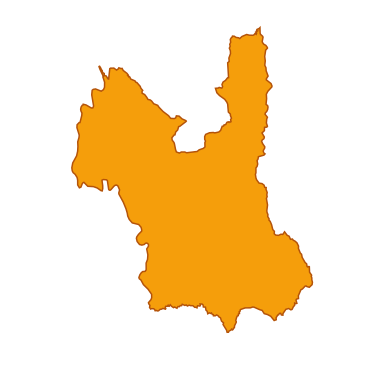 Anserma, Caldas, Colombia (Equal Earth projection), rotated 165°
{"feature_id": "7082276B96193110917166", "entity_name": "Anserma", "entity_type": "district", "adm_level": 2, "iso_a3": "COL", "parent_name": "Colombia", "parent_adm1": "Caldas", "projection": "equal_earth", "projection_center": [-75.766, 5.199], "detail": "fine", "context": "isolated", "style": "filled", "palette": "amber", "viewbox_px": 384, "rotation_deg": 165, "n_neighbors": 0, "source": "geoboundaries", "source_scale": "gbopen_adm2", "svg_char_len": 5974}
<svg xmlns="http://www.w3.org/2000/svg" viewBox="0 0 384 384"><g transform="rotate(165 192 192)"><path d="M301.8,246.5L302.2,243.5L301.8,241.5L300.3,239.3L299.2,235.7L299.4,233.0L300.6,228.4L299.7,225.2L298.1,225.4L295.8,228.5L294.8,229.2L293.9,229.3L291.2,224.5L285.8,222.7L282.5,220.4L279.5,216.8L278.4,216.3L277.3,218.5L276.6,221.3L275.9,226.7L274.5,227.0L271.4,225.9L270.8,224.9L271.8,216.1L271.4,215.2L270.5,214.9L269.6,215.3L265.9,217.8L264.4,218.4L263.0,218.2L262.0,217.0L261.4,212.8L263.0,210.0L263.1,208.7L261.0,200.0L260.1,192.9L260.0,188.4L260.3,185.4L259.7,181.7L257.7,177.6L251.9,174.4L250.3,171.0L250.4,168.3L250.8,167.2L254.7,164.9L257.0,162.9L257.7,161.6L257.8,158.4L256.3,154.9L254.2,153.7L251.7,153.7L250.2,154.5L248.9,154.4L248.0,153.5L247.7,152.4L248.1,150.9L250.5,148.7L250.9,142.7L252.4,138.4L254.7,135.2L256.4,128.7L257.8,127.5L260.3,127.9L262.1,127.0L263.7,125.6L265.4,123.2L265.4,121.9L264.1,120.2L262.9,115.1L259.6,109.5L257.5,103.6L258.3,100.4L259.4,98.7L262.7,96.4L262.7,95.2L262.0,93.4L262.9,91.4L262.2,89.6L261.4,89.8L259.3,89.2L258.6,88.3L258.3,86.8L257.4,87.0L256.3,86.1L255.1,85.9L253.1,86.9L251.7,86.7L250.2,87.1L248.0,85.7L247.5,86.1L247.8,87.4L247.1,88.4L245.4,88.0L244.4,88.8L244.2,87.8L243.6,87.5L242.2,88.7L241.4,87.0L239.8,85.1L238.6,85.4L236.6,83.6L235.2,85.0L233.9,84.5L232.8,85.3L231.5,84.9L230.5,86.1L228.3,84.3L226.8,84.4L226.0,83.1L224.0,83.4L222.6,82.5L220.6,82.0L219.2,79.9L217.9,79.6L217.2,78.8L216.1,80.7L213.9,79.8L213.2,80.4L213.2,81.8L211.2,81.1L210.5,79.9L210.8,78.0L208.8,77.3L209.1,74.3L208.2,72.8L208.3,70.3L206.5,70.8L205.5,69.9L204.5,70.1L204.1,68.5L203.1,68.0L203.3,66.9L201.5,66.4L200.1,66.9L198.8,65.7L198.2,64.2L197.1,63.2L196.9,59.7L195.4,57.4L196.3,56.0L194.4,49.7L194.4,47.4L193.1,47.1L191.9,48.3L190.3,48.4L189.3,49.3L188.6,48.3L187.9,48.6L187.2,49.7L186.2,49.9L185.5,51.8L183.0,54.7L182.8,55.4L183.0,56.5L181.5,59.1L180.5,60.4L179.3,60.6L178.7,62.2L177.6,62.3L177.5,64.0L176.7,64.1L175.7,65.9L170.7,66.3L165.5,65.0L163.2,65.2L161.9,64.7L156.8,60.6L154.9,59.5L153.7,55.8L150.8,54.1L148.1,51.6L145.9,46.6L143.7,46.8L143.3,48.8L141.0,51.0L140.2,50.9L139.0,52.1L137.8,51.9L137.5,50.1L136.1,49.5L135.6,51.0L131.7,54.4L128.7,54.4L127.0,52.6L125.7,52.7L123.9,54.8L122.2,56.0L121.6,58.1L120.7,57.3L119.5,57.3L119.5,60.7L118.8,61.5L116.7,61.5L116.1,64.3L112.1,69.4L110.5,69.7L107.1,71.8L106.1,71.7L105.5,70.9L103.3,69.6L100.0,71.4L99.0,73.7L99.0,76.1L98.5,78.0L98.6,79.8L98.0,80.7L99.2,84.1L98.0,89.5L98.4,89.8L99.5,89.6L100.1,90.2L99.9,93.0L101.0,94.6L102.5,100.3L102.3,103.5L103.2,105.1L103.8,109.9L103.1,112.2L103.8,115.8L105.3,118.0L106.6,119.1L107.2,120.6L109.1,120.8L109.6,124.1L111.3,125.6L112.9,129.6L115.3,127.5L117.0,128.2L119.6,127.7L122.3,128.7L123.4,130.4L122.6,132.7L123.7,134.8L123.6,139.9L124.1,143.5L124.9,144.8L124.5,146.2L125.2,148.7L124.5,150.6L124.8,152.9L124.6,154.5L122.4,159.9L121.8,166.5L120.6,168.1L120.5,169.8L119.5,172.1L119.8,175.5L119.2,177.1L120.6,177.7L120.6,179.9L122.2,182.0L124.9,183.2L126.4,187.0L126.6,189.0L126.2,192.6L125.3,194.0L124.0,198.7L122.5,199.9L121.3,202.0L121.0,205.5L119.8,206.6L118.7,208.9L113.0,209.0L111.6,209.9L112.4,210.9L112.7,212.5L112.3,213.7L110.5,215.5L110.0,216.8L111.3,220.6L111.6,223.0L110.8,224.0L108.7,224.9L107.9,226.4L109.1,230.9L106.2,232.5L105.2,235.7L103.0,235.3L102.1,236.0L102.3,239.4L100.9,243.2L99.8,244.7L101.3,248.2L100.7,249.4L99.0,250.4L97.6,252.1L96.6,254.4L96.6,255.9L97.8,257.5L95.8,262.8L94.9,267.2L92.7,269.6L87.7,272.8L87.3,273.7L87.6,276.3L91.2,281.1L90.8,282.2L88.5,284.3L89.0,289.9L88.4,292.9L88.9,295.6L87.3,299.7L86.7,304.1L84.1,310.0L81.9,311.4L81.8,312.1L82.7,314.5L84.5,316.3L85.2,318.2L85.2,319.2L83.3,323.2L83.5,324.2L85.0,326.6L85.1,327.8L83.8,333.2L84.8,332.6L87.2,332.2L87.9,331.1L87.1,330.6L89.0,330.0L88.5,329.0L89.1,328.9L88.9,328.2L89.2,327.7L90.2,328.7L91.6,327.7L92.6,327.6L96.2,328.7L98.4,330.0L103.4,329.3L106.2,327.9L107.1,328.9L109.6,330.0L110.8,331.5L112.5,332.1L112.8,331.4L113.8,331.1L115.5,329.5L115.9,326.6L117.3,324.9L117.4,322.9L118.7,321.3L118.4,318.5L119.0,315.7L121.7,311.8L122.3,308.5L124.1,307.6L127.1,293.0L128.1,293.1L130.8,291.1L133.5,290.2L135.2,288.1L135.2,285.8L136.0,284.8L136.5,284.7L138.7,286.0L139.7,285.6L142.5,286.1L142.3,281.4L140.5,278.1L136.4,273.1L135.1,269.7L134.8,267.6L136.2,259.8L134.8,257.4L135.1,255.9L134.8,253.1L136.0,251.9L136.1,249.9L136.5,249.6L137.9,250.1L138.3,249.7L138.9,250.4L140.3,250.2L141.9,248.5L143.9,248.4L144.1,247.8L144.8,247.5L145.8,247.7L148.4,244.1L150.6,243.0L154.7,243.2L156.1,244.0L159.8,244.7L163.9,244.1L165.4,242.3L166.1,239.6L165.8,237.7L166.8,236.3L167.8,232.2L169.7,231.2L174.2,230.9L176.5,229.8L187.1,231.3L188.6,232.5L191.9,233.4L194.1,232.9L196.7,234.7L196.9,237.2L196.5,243.1L196.6,244.5L197.7,247.2L197.4,249.6L194.5,251.7L193.7,251.6L192.2,254.2L189.8,255.6L188.0,258.6L186.8,258.6L179.8,261.5L179.2,261.9L179.4,262.5L182.7,265.2L184.8,268.6L187.4,269.6L188.6,267.8L190.1,267.5L193.6,268.7L194.9,271.8L199.1,277.2L202.0,282.5L202.7,284.6L206.1,287.1L207.5,290.4L208.6,291.8L210.6,292.8L211.2,295.2L212.5,298.4L214.6,300.3L214.2,302.2L213.3,302.9L214.5,305.4L214.7,307.5L216.9,312.0L217.8,312.5L218.3,314.1L222.0,317.0L222.3,319.1L222.7,319.6L223.2,319.5L223.9,321.3L223.3,321.4L224.1,323.4L227.0,327.2L227.5,329.5L228.6,329.6L230.5,330.9L231.4,330.0L233.3,329.3L235.4,331.9L238.7,332.7L239.5,332.4L243.3,322.7L243.9,323.1L244.8,326.2L246.5,327.3L246.1,329.2L247.0,330.0L247.5,331.4L247.3,332.7L247.8,333.3L248.1,335.5L248.7,337.4L249.0,337.4L249.4,337.2L249.1,334.1L247.7,326.4L248.3,326.2L248.0,320.7L249.4,315.8L251.0,313.8L253.6,312.9L258.5,316.5L260.8,316.7L262.1,316.1L263.7,311.8L264.8,300.5L266.0,298.9L267.5,299.2L271.8,303.5L274.3,304.9L274.5,304.3L275.5,304.2L277.1,302.8L278.1,300.9L278.3,299.1L277.9,296.7L278.7,294.4L282.2,288.1L283.0,288.3L285.6,286.7L286.5,283.9L286.2,276.2L287.0,274.0L289.4,270.0L290.4,265.5L291.9,261.0L294.1,256.8L299.7,250.9L301.8,246.5Z" fill="#f59e0b" stroke="#b45309" stroke-width="1.5"/></g></svg>